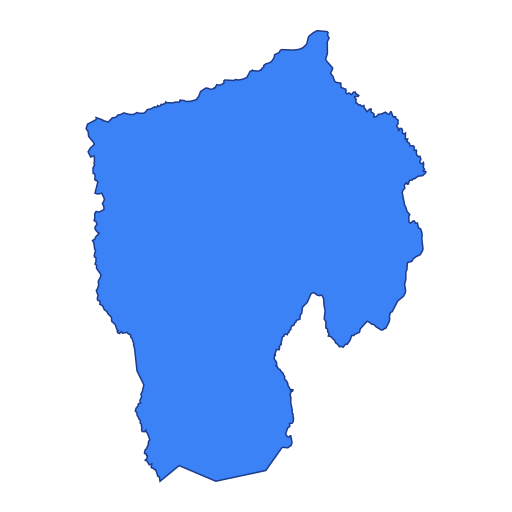 outline of Santa Fé, Veraguas, Panama
{"feature_id": "35544464B37320508305878", "entity_name": "Santa Fé", "entity_type": "district", "adm_level": 2, "iso_a3": "PAN", "parent_name": "Panama", "parent_adm1": "Veraguas", "projection": "equal_earth", "projection_center": [-80.966, 8.637], "detail": "fine", "context": "isolated", "style": "filled", "palette": "blue", "viewbox_px": 512, "rotation_deg": 0, "n_neighbors": 0, "source": "geoboundaries", "source_scale": "gbopen_adm2", "svg_char_len": 5994}
<svg xmlns="http://www.w3.org/2000/svg" viewBox="0 0 512 512"><path d="M385.7,328.4L389.3,321.4L389.7,318.1L389.4,316.4L390.4,312.5L392.2,311.7L397.8,300.9L403.5,296.2L405.4,292.5L405.6,290.4L404.6,284.3L405.8,279.5L405.9,271.7L406.9,269.9L407.4,262.7L411.9,261.3L413.0,259.1L415.8,256.8L420.3,254.6L422.5,250.8L423.0,248.9L421.7,237.7L422.2,235.7L421.9,232.6L420.5,228.7L419.2,228.4L418.3,227.2L417.4,223.0L415.3,223.2L414.4,221.0L413.2,220.9L410.4,223.2L409.0,221.9L408.8,216.2L409.8,214.6L407.2,211.7L405.6,206.6L404.7,205.5L402.2,192.4L403.2,189.9L404.8,188.3L404.3,185.3L406.1,182.7L406.7,182.8L407.2,184.2L408.4,184.0L409.4,180.4L412.3,180.0L413.2,178.7L414.5,178.9L417.9,176.3L422.8,175.6L425.8,172.6L425.9,171.8L425.3,171.3L423.3,171.4L423.3,170.6L424.5,169.2L423.2,167.2L423.7,165.0L423.4,162.5L421.9,163.8L419.9,162.7L419.7,161.8L420.9,159.5L420.0,156.3L418.3,156.6L416.8,155.0L416.3,153.3L416.5,150.7L416.0,149.9L414.6,150.4L413.9,149.8L414.4,147.1L413.0,145.7L410.2,146.1L409.3,143.1L407.0,141.7L407.6,138.9L405.3,139.4L405.5,133.0L404.3,133.9L402.5,133.4L402.4,129.9L401.7,128.5L399.9,128.4L399.2,130.4L398.6,130.5L397.8,127.5L396.7,126.2L396.8,125.3L398.2,123.5L397.8,122.1L398.2,120.2L395.5,118.2L395.6,116.7L393.1,116.8L391.2,111.8L390.5,111.8L389.4,114.2L387.9,114.0L385.4,112.2L380.8,114.2L378.5,114.2L376.4,116.5L373.9,117.0L373.5,116.4L374.1,115.1L373.8,113.6L371.1,112.1L371.2,109.0L369.8,109.0L366.9,111.7L365.2,108.8L364.2,108.1L363.9,105.5L361.5,106.3L360.1,104.7L358.6,105.1L357.3,103.4L355.8,102.7L356.1,99.1L354.7,97.6L354.6,96.4L358.2,96.4L358.8,95.5L355.7,93.4L355.3,92.0L353.4,92.2L351.5,94.7L349.1,92.9L347.1,93.9L345.6,92.3L346.1,90.6L345.8,89.2L341.1,87.5L340.8,83.1L336.2,82.4L334.6,81.1L332.9,76.3L330.5,73.2L332.4,69.4L332.6,67.8L326.6,61.1L325.6,59.2L327.4,53.6L327.3,41.7L329.1,38.0L327.5,35.1L328.1,32.9L327.2,31.6L317.1,30.7L313.3,32.7L309.3,35.9L308.2,37.7L306.9,43.4L306.1,44.7L303.0,47.7L298.9,49.4L293.5,50.1L281.7,49.6L280.4,50.3L278.9,52.7L274.6,54.7L274.0,57.9L271.6,61.4L269.0,63.0L265.7,63.9L263.7,65.5L263.7,67.4L261.9,68.4L260.9,70.3L260.5,70.0L258.5,71.1L252.9,70.7L252.4,70.1L251.3,71.2L250.2,71.2L247.0,77.2L243.8,78.9L239.0,80.0L235.2,79.5L234.4,80.5L224.9,80.0L224.0,80.6L223.9,82.8L222.5,84.1L219.4,85.2L216.8,84.6L214.8,88.2L214.1,87.8L213.1,88.9L210.8,89.3L206.8,88.0L205.5,88.2L200.5,91.6L198.9,96.1L196.2,99.7L190.9,101.2L185.9,101.5L183.9,100.4L181.0,100.5L180.7,100.0L180.0,100.2L179.3,102.3L175.7,102.0L173.0,102.9L166.6,102.7L165.8,101.9L165.1,103.3L162.8,104.5L161.1,104.4L160.4,105.8L158.9,106.3L157.7,105.5L156.6,107.2L154.3,106.9L151.1,108.8L147.1,109.7L146.1,111.4L143.9,113.2L139.1,113.3L137.2,112.5L133.3,114.5L129.3,114.4L123.8,112.9L120.3,114.7L118.1,114.9L115.8,117.3L112.0,117.9L110.8,119.8L110.1,119.9L108.5,122.0L102.6,120.5L102.8,120.1L102.0,119.7L96.1,117.6L96.5,118.9L95.1,120.2L87.6,124.1L86.1,128.6L88.2,131.8L88.6,136.4L93.7,142.7L94.3,144.4L90.3,148.1L88.1,151.8L90.7,157.1L92.8,156.1L94.3,156.2L94.4,161.3L94.0,163.2L94.6,164.8L93.0,168.0L93.1,173.4L94.3,173.7L94.9,174.8L95.1,177.3L94.7,179.0L95.3,180.4L96.3,180.2L97.8,181.9L95.0,193.2L97.7,194.0L101.8,193.3L104.4,198.8L104.1,200.5L102.4,203.7L103.8,206.2L104.0,209.5L98.8,212.2L96.2,211.4L94.8,213.4L94.8,218.1L94.1,220.7L95.8,221.4L97.1,223.9L94.9,227.3L95.2,229.4L97.6,232.3L99.2,233.2L96.0,236.5L94.6,239.3L92.5,240.5L93.8,242.8L94.7,249.4L95.6,250.3L94.2,255.5L94.5,257.0L95.6,257.2L96.0,257.9L95.9,261.5L95.1,264.1L96.6,265.4L96.5,268.3L100.9,274.6L100.6,276.8L98.2,281.3L98.7,284.6L97.7,288.2L96.3,290.6L98.1,295.5L97.4,297.7L97.4,299.9L100.1,301.4L99.8,304.3L102.6,305.8L104.4,309.8L106.8,311.4L107.9,313.7L111.4,317.2L111.7,321.3L115.3,324.6L116.9,329.7L118.1,330.7L117.2,331.5L118.2,333.1L119.5,333.5L121.2,331.7L122.5,333.2L127.3,332.4L128.0,333.6L130.6,334.9L130.8,337.3L132.1,338.6L133.7,343.5L133.6,345.2L134.6,348.6L137.0,370.8L143.8,384.8L142.4,391.4L140.9,394.2L141.7,397.0L140.0,400.0L139.9,401.1L140.8,402.8L138.4,403.7L137.9,406.1L136.1,408.1L135.3,410.9L136.9,413.0L137.2,415.6L138.7,417.8L138.9,419.0L140.4,420.3L140.1,422.9L141.5,424.2L141.3,425.9L141.9,427.2L141.5,429.6L142.1,431.5L144.4,431.7L146.0,430.3L146.2,432.0L147.5,433.4L149.7,439.4L149.6,440.4L148.6,441.2L148.1,445.1L146.4,448.8L145.2,449.8L144.4,452.8L144.7,453.6L146.3,453.7L146.5,455.6L147.5,456.0L146.7,459.0L145.2,460.1L147.3,461.3L149.2,464.8L151.8,463.9L151.7,465.3L151.0,466.9L151.9,468.0L153.4,468.3L154.4,469.6L155.6,469.5L157.9,476.4L159.4,476.9L160.0,481.3L179.1,465.6L215.8,481.2L265.8,470.5L281.9,447.7L282.9,447.3L287.8,447.8L291.2,445.3L292.0,442.6L290.8,435.9L290.2,435.7L289.1,437.0L287.9,436.9L286.2,435.2L285.8,433.4L287.7,427.8L289.8,426.5L289.5,423.5L292.3,423.1L293.3,421.1L293.5,417.5L292.9,416.1L293.1,414.2L292.2,413.0L292.2,409.8L290.7,402.6L290.9,397.7L290.0,394.5L290.8,393.3L290.9,391.6L292.7,391.0L293.0,389.9L291.9,389.5L290.6,390.0L288.0,385.4L287.7,383.3L286.4,380.7L284.5,379.2L284.7,376.5L283.3,374.6L283.1,373.3L280.5,370.7L280.2,369.7L278.3,368.7L277.2,366.4L275.8,365.9L276.7,364.7L276.5,362.2L274.4,359.2L274.2,357.5L274.6,355.1L275.3,355.3L275.1,353.6L276.4,349.6L279.2,349.7L279.6,347.8L279.0,346.6L281.3,344.4L281.1,342.0L281.8,340.4L282.2,337.1L284.1,336.0L284.2,334.7L285.9,333.9L287.2,334.7L287.7,333.3L289.0,332.3L289.3,330.6L290.8,329.6L291.0,327.4L292.2,325.6L293.7,325.4L294.8,322.8L296.0,322.0L296.3,320.4L299.9,319.2L300.2,315.1L301.7,313.2L302.6,307.0L307.2,302.4L310.9,294.0L312.6,292.6L314.8,293.2L317.0,295.0L319.5,295.7L321.2,295.1L322.2,295.7L323.6,298.6L324.0,305.1L325.1,310.7L324.2,319.0L325.9,321.6L325.8,328.0L327.4,328.7L327.8,332.2L328.9,333.4L328.3,336.1L330.5,336.4L334.8,340.6L335.5,342.7L337.5,344.2L339.5,346.8L341.6,346.4L343.1,347.3L345.5,344.1L347.3,344.3L350.1,340.1L351.7,335.4L353.7,335.6L354.8,334.3L359.5,332.3L360.2,328.9L367.1,321.3L368.4,321.7L372.1,324.3L373.7,324.4L376.1,326.8L381.4,330.1L383.2,329.7L384.5,328.4L385.7,328.4Z" fill="#3b82f6" stroke="#1e3a8a" stroke-width="1.5"/></svg>